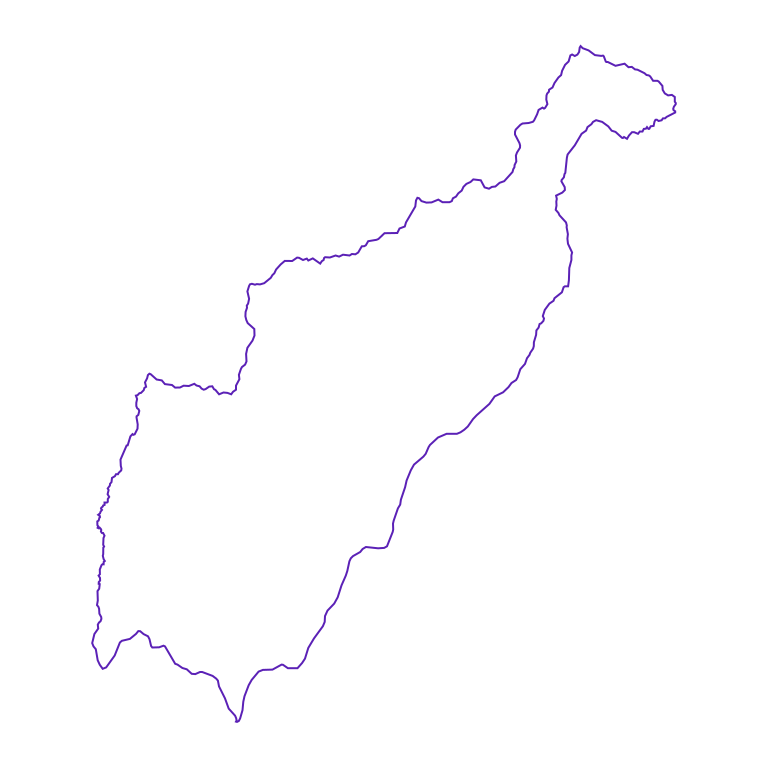 Gachalá, Cundinamarca, Colombia
{"feature_id": "7082276B64906175699520", "entity_name": "Gachalá", "entity_type": "district", "adm_level": 2, "iso_a3": "COL", "parent_name": "Colombia", "parent_adm1": "Cundinamarca", "projection": "equal_earth", "projection_center": [-73.504, 4.664], "detail": "fine", "context": "isolated", "style": "outline", "palette": "violet", "viewbox_px": 768, "rotation_deg": 0, "n_neighbors": 0, "source": "geoboundaries", "source_scale": "gbopen_adm2", "svg_char_len": 6045}
<svg xmlns="http://www.w3.org/2000/svg" viewBox="0 0 768 768"><path d="M594.9,55.1L588.6,50.4L582.7,48.2L580.6,46.1L579.7,47.6L579.1,52.0L577.4,54.6L574.8,56.0L572.1,54.5L570.4,55.4L568.6,61.5L565.1,64.8L562.1,70.8L561.1,75.1L558.4,77.5L554.5,83.0L552.5,87.5L549.1,89.7L548.9,91.7L547.2,93.5L546.5,95.4L546.3,99.6L547.4,104.1L545.1,107.9L544.0,108.6L542.5,107.6L538.6,109.9L537.1,114.3L534.1,120.4L532.9,121.8L528.7,123.0L522.5,123.5L520.4,124.8L515.7,129.6L515.0,131.8L515.0,134.5L519.5,143.2L520.1,145.5L520.0,147.7L517.0,152.5L515.9,155.5L516.3,161.5L514.6,165.0L514.4,167.3L513.3,169.1L512.5,172.0L504.2,181.2L499.6,182.8L495.4,186.5L491.9,186.9L489.0,188.7L484.6,187.4L480.8,180.3L473.3,179.4L470.5,182.0L466.4,183.9L463.5,186.8L461.7,190.6L458.3,193.3L456.0,196.6L452.9,198.3L451.8,201.1L449.5,202.2L442.5,202.2L438.3,199.6L431.6,202.4L426.4,202.6L421.5,201.1L419.0,198.2L417.4,197.8L416.0,200.4L415.3,206.5L406.0,222.4L404.8,226.5L399.5,228.5L397.3,233.0L384.5,233.2L378.4,239.0L376.5,239.8L368.2,241.2L365.8,245.3L364.2,246.2L361.8,246.3L358.2,252.5L355.4,254.3L351.9,254.0L349.6,255.5L343.0,254.7L339.1,256.6L335.6,255.5L329.9,257.5L325.1,257.2L324.1,258.0L323.6,260.0L321.8,261.2L320.2,263.6L312.8,258.4L308.3,260.5L306.8,258.6L303.0,260.0L299.0,257.8L297.1,257.6L292.2,261.0L284.8,260.9L280.7,264.4L276.1,269.5L274.3,273.3L272.4,275.1L270.8,277.8L264.2,283.2L260.0,284.4L256.8,284.1L255.0,284.7L251.9,283.8L250.0,284.3L249.1,285.9L247.4,291.4L249.1,298.8L248.1,303.6L246.8,305.6L247.0,307.8L245.6,311.9L245.4,316.3L246.3,320.0L247.7,323.1L254.3,329.0L254.5,335.5L252.5,340.6L247.4,347.8L246.1,353.9L246.5,361.4L245.1,364.6L241.9,367.1L240.9,369.0L238.9,374.8L239.4,379.2L236.0,385.6L236.0,389.7L233.0,391.8L231.2,394.3L227.5,392.9L223.5,392.5L219.1,394.3L215.4,389.9L214.0,389.2L212.3,386.3L209.2,386.6L205.6,389.1L203.7,389.7L201.6,388.6L199.6,386.3L196.5,385.5L194.3,383.8L188.9,386.0L183.6,385.7L180.0,387.5L175.1,387.6L172.0,385.0L164.9,384.1L161.8,380.4L156.6,379.5L150.7,374.2L149.4,373.7L147.9,375.1L147.1,378.3L145.0,382.4L146.1,386.8L144.4,387.9L143.7,390.2L141.0,392.9L139.4,393.2L137.5,395.2L135.9,395.6L137.1,399.0L136.3,402.8L136.3,406.1L137.2,408.3L138.5,409.2L139.3,410.9L138.3,414.9L136.6,416.3L136.5,417.3L137.7,424.4L137.5,428.7L134.7,434.3L133.3,434.8L132.5,434.1L130.4,436.4L127.7,445.3L126.6,445.5L120.5,459.6L120.8,465.9L121.5,468.6L121.2,470.4L118.7,472.8L118.0,474.2L116.0,474.2L114.9,476.2L112.0,477.9L111.5,482.1L110.0,483.9L109.9,485.5L107.7,488.5L108.6,490.0L107.6,494.2L109.2,496.9L107.8,499.0L107.8,501.8L107.0,502.5L104.5,502.5L104.6,504.9L103.1,505.5L102.8,506.5L101.3,507.7L101.0,508.7L102.0,509.9L100.6,511.6L100.0,513.4L98.2,514.8L99.8,516.0L100.0,517.1L99.5,517.5L98.6,520.6L97.3,521.4L97.4,525.2L98.1,526.1L97.6,527.8L98.9,528.4L99.6,527.6L100.8,528.9L101.3,530.0L100.9,531.5L101.8,532.9L103.1,533.0L104.5,535.7L103.5,538.0L103.2,544.8L104.1,546.6L103.3,547.6L103.2,554.2L102.8,555.8L103.7,559.3L104.8,561.0L103.7,561.9L103.6,564.3L102.5,564.2L101.5,565.2L99.8,569.5L99.9,574.3L98.6,575.6L100.0,577.9L100.1,580.6L98.8,582.0L98.7,583.1L98.7,583.8L99.6,583.8L99.7,584.5L99.2,588.7L97.5,591.1L97.8,600.5L97.0,605.1L98.4,606.8L99.1,608.8L99.4,613.7L101.2,617.0L101.4,618.9L100.5,621.3L99.0,622.5L97.8,624.6L98.2,628.6L94.4,634.0L92.2,643.1L93.5,646.4L95.8,649.2L97.7,660.3L99.8,664.8L102.7,668.8L106.2,667.4L114.7,655.5L119.9,642.5L121.9,640.8L129.9,638.9L136.0,633.9L138.3,631.1L140.2,631.2L143.6,634.1L148.0,636.3L149.5,639.2L151.1,646.0L152.3,647.5L159.1,647.3L163.5,645.7L165.0,646.4L175.2,663.8L177.5,664.6L182.4,668.0L186.8,669.3L191.7,673.8L195.3,674.1L200.0,672.0L202.2,672.0L212.6,675.9L216.2,678.6L217.9,680.6L219.0,686.4L225.0,698.4L228.7,708.6L235.1,715.7L236.2,718.3L236.6,720.5L236.0,721.6L237.0,721.9L238.8,721.0L240.1,718.5L242.5,710.2L243.3,701.7L244.5,696.2L248.7,685.2L251.7,679.9L258.6,671.6L262.9,669.9L272.5,669.6L281.6,664.6L283.0,664.8L287.9,668.2L297.5,668.2L302.1,663.0L305.0,658.6L308.3,647.9L314.0,638.4L322.9,626.2L324.7,621.9L325.0,616.1L327.5,610.6L334.2,603.6L337.7,597.3L341.5,585.4L345.8,575.6L347.3,571.0L349.4,561.3L350.8,558.3L353.0,556.1L360.2,552.0L362.6,549.0L365.9,547.0L378.1,548.3L384.2,547.9L387.0,546.3L392.7,531.9L393.2,529.5L393.0,523.6L393.7,520.6L397.9,508.4L400.2,504.6L400.9,499.7L405.1,487.2L406.6,480.5L410.8,470.3L414.0,464.6L423.4,456.6L425.7,453.8L428.6,447.1L430.0,444.9L438.0,437.5L446.6,433.8L456.9,433.8L460.5,432.3L464.3,429.7L467.8,426.5L473.0,419.1L476.7,415.2L489.4,403.9L494.7,396.4L503.1,392.3L508.5,387.1L511.5,383.0L516.1,380.0L517.6,377.3L520.3,369.2L525.0,363.9L527.0,358.2L529.5,354.9L530.3,352.7L533.1,348.6L533.8,346.1L533.9,342.2L536.1,334.9L536.4,330.4L538.6,327.6L539.6,324.0L541.2,323.3L543.4,320.9L544.0,318.5L542.8,316.1L544.8,309.9L549.4,303.6L553.5,300.8L554.5,298.2L561.9,292.3L563.6,287.2L564.9,286.3L568.1,286.3L568.9,280.3L569.3,268.0L571.4,260.0L571.4,255.3L572.1,252.5L568.0,243.8L567.4,238.7L567.9,234.2L566.6,227.2L566.8,225.4L566.0,222.4L559.5,215.3L558.4,212.9L555.7,209.8L556.5,205.6L556.3,201.5L556.8,198.9L556.1,195.6L562.3,192.6L564.9,190.0L564.7,187.1L561.4,181.3L561.6,180.1L563.9,177.3L564.5,174.1L565.3,172.9L566.9,157.6L567.6,154.5L574.8,145.3L581.6,133.8L586.1,130.6L587.5,127.1L591.4,124.2L593.0,121.9L596.1,120.2L602.2,121.9L608.3,126.4L611.7,130.7L615.5,131.9L622.0,137.8L622.9,138.0L624.0,137.0L627.0,138.8L629.0,135.5L632.0,132.2L634.2,132.2L638.0,133.8L639.8,131.5L642.5,131.5L643.8,128.9L645.9,128.7L647.0,127.1L648.4,128.9L649.3,128.8L650.7,126.3L653.6,125.9L654.5,121.6L655.5,119.8L656.8,119.7L658.6,121.0L661.6,120.3L662.9,118.4L665.1,118.3L666.6,116.9L675.2,112.5L675.2,111.3L673.6,110.2L673.2,108.9L673.9,106.7L675.7,104.2L675.8,103.1L674.8,101.7L674.8,97.0L671.9,94.9L668.1,95.4L664.8,93.4L662.7,89.9L662.4,85.9L658.7,81.5L657.4,80.8L653.1,80.8L650.2,76.4L648.8,75.4L646.5,75.0L644.5,73.2L637.5,69.7L635.0,69.4L631.8,66.9L628.5,67.2L624.6,63.7L615.5,65.8L607.8,62.0L606.4,62.0L605.8,61.6L603.8,56.3L603.0,55.6L601.3,55.9L594.9,55.1Z" fill="none" stroke="#5b21b6" stroke-width="2"/></svg>